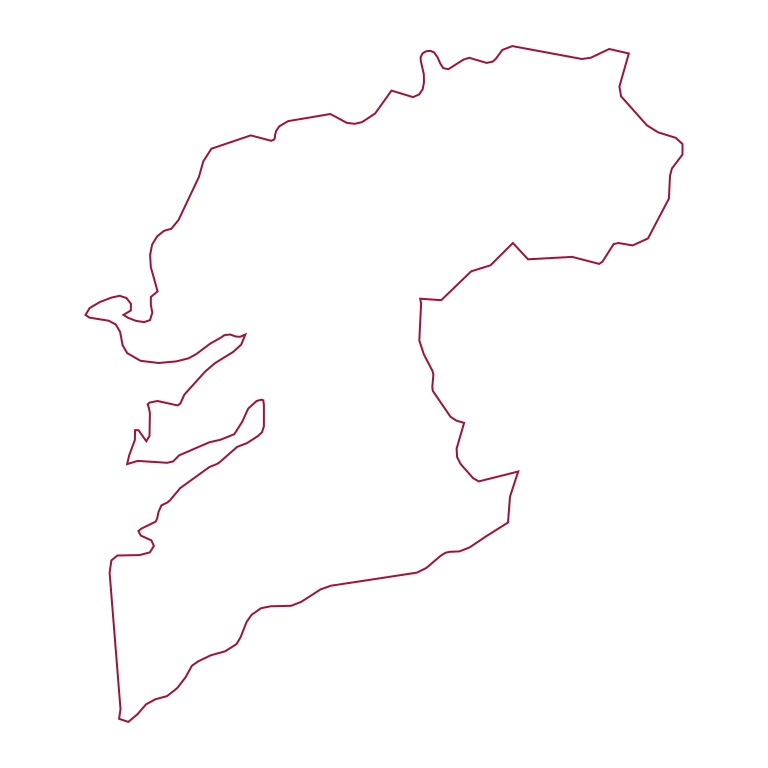 SVG path tracing the border of Pontevedra
{"feature_id": "ESP-5840", "entity_name": "Pontevedra", "entity_type": "Autonomous Community", "adm_level": 1, "iso_a3": "ESP", "parent_name": "Spain", "parent_adm1": "", "projection": "natural_earth1", "projection_center": [-8.552, 42.371], "detail": "fine", "context": "isolated", "style": "outline", "palette": "rose", "viewbox_px": 768, "rotation_deg": 0, "n_neighbors": 0, "source": "natural_earth", "source_scale": "10m", "svg_char_len": 2686}
<svg xmlns="http://www.w3.org/2000/svg" viewBox="0 0 768 768"><path d="M486.3,536.2L469.6,547.4L459.4,551.4L449.8,551.8L445.6,552.7L440.7,555.7L426.4,567.9L417.0,572.6L331.0,585.7L320.5,589.4L301.3,601.8L291.1,605.8L270.7,606.3L261.0,608.2L251.5,614.9L246.6,621.9L240.7,637.0L236.5,644.1L225.1,651.3L210.7,655.3L198.1,661.4L191.9,665.7L185.6,677.2L177.2,688.1L167.0,696.1L155.5,699.2L146.1,704.3L137.2,714.5L128.3,721.9L119.1,718.8L120.5,709.1L109.6,572.6L111.4,560.4L117.4,555.5L139.5,555.1L149.8,552.4L153.9,546.0L151.4,540.4L140.8,535.6L138.4,531.1L141.2,528.7L155.7,521.6L157.1,518.6L158.5,512.0L161.4,505.4L167.3,502.5L169.8,500.5L180.2,488.1L209.4,467.0L216.7,464.1L219.2,462.6L237.1,446.9L247.0,443.1L258.3,435.8L262.0,432.2L263.9,426.4L263.9,404.9L263.3,400.3L261.3,399.7L256.6,401.0L248.2,408.6L242.2,421.8L234.3,434.2L220.6,439.7L209.3,442.3L179.2,455.3L173.0,461.5L167.0,462.8L137.8,460.9L127.1,464.1L129.2,455.3L134.9,439.8L135.0,430.2L138.5,430.2L146.3,441.2L149.5,435.9L149.9,413.2L148.8,407.5L147.6,404.4L149.5,402.6L157.5,401.0L177.5,405.4L180.3,403.6L184.4,394.5L205.4,371.3L214.9,363.2L233.2,351.9L241.2,344.6L245.3,334.5L240.2,336.8L235.7,336.5L230.1,334.5L225.2,335.0L223.4,335.7L222.2,336.8L209.9,343.8L196.1,354.2L188.3,358.4L176.2,361.4L158.6,363.0L140.5,360.8L127.2,353.1L122.6,345.2L120.1,331.9L115.8,324.5L108.6,320.7L89.4,317.6L85.5,314.9L89.7,308.0L99.9,302.0L111.4,297.6L119.6,295.8L126.4,298.0L131.0,303.9L130.8,310.5L123.4,314.9L128.3,317.9L136.1,320.9L144.2,322.1L150.0,320.1L152.3,312.7L150.8,304.5L150.9,296.9L157.6,291.4L150.8,267.1L150.1,255.1L152.1,244.6L157.2,236.3L164.0,230.8L171.3,228.8L178.5,220.0L198.9,177.0L203.3,161.3L211.4,148.7L250.8,135.4L271.2,140.8L274.1,139.6L274.9,137.7L275.1,134.8L276.2,130.8L279.3,126.3L288.2,121.1L330.3,114.0L346.9,122.9L354.7,123.8L361.9,122.2L375.1,113.5L391.5,90.6L413.0,97.1L419.2,94.4L422.7,89.2L424.0,82.2L423.8,74.1L420.8,61.0L420.6,57.3L422.6,53.3L426.3,51.2L430.5,50.9L434.1,52.4L437.6,57.4L440.2,63.4L443.2,68.1L448.3,69.2L463.5,59.6L469.2,57.8L486.6,62.9L492.6,61.7L495.5,59.2L502.4,49.9L512.3,46.1L581.8,59.0L590.9,57.7L609.2,49.0L628.8,53.5L619.4,86.6L621.1,96.4L646.9,125.3L658.0,132.3L675.7,137.8L682.5,144.0L682.5,154.5L671.9,168.5L670.0,175.9L668.9,198.6L648.0,238.4L632.7,245.4L618.3,243.0L613.6,244.1L602.5,261.6L599.2,263.9L572.2,256.9L528.0,259.3L512.9,243.0L490.5,265.3L471.2,271.3L441.2,300.2L420.2,298.7L421.1,303.7L419.3,340.6L423.9,354.5L432.5,371.0L433.4,374.7L432.3,386.9L432.8,390.9L450.5,416.8L456.3,420.6L464.1,422.9L456.6,448.6L457.1,457.1L460.5,463.9L473.1,478.2L478.8,481.4L518.2,471.5L510.0,496.7L508.0,522.5L486.3,536.2Z" fill="none" stroke="#9f1239" stroke-width="2"/></svg>